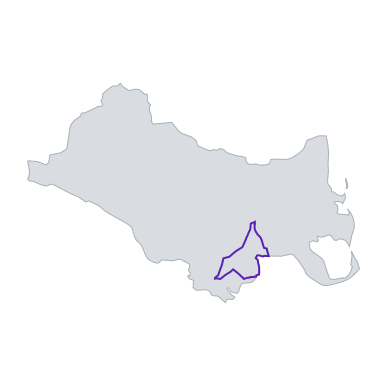 Gubadag, Tashauz, Turkmenistan (highlighted), rotated 177°
{"feature_id": "10190150B74382957458545", "entity_name": "Gubadag", "entity_type": "district", "adm_level": 2, "iso_a3": "TKM", "parent_name": "Turkmenistan", "parent_adm1": "Tashauz", "projection": "orthographic", "projection_center": [57.511, 41.081], "detail": "fine", "context": "in_parent", "style": "outline", "palette": "violet", "viewbox_px": 384, "rotation_deg": 177, "n_neighbors": 0, "source": "geoboundaries", "source_scale": "gbopen_adm2", "svg_char_len": 4771}
<svg xmlns="http://www.w3.org/2000/svg" viewBox="0 0 384 384"><g transform="rotate(177 192 192)"><path d="M106.2,123.2L124.1,124.4L129.6,125.2L131.9,122.6L131.7,122.0L130.9,121.4L129.6,119.6L128.5,107.4L130.0,105.7L131.8,104.4L134.4,100.6L135.8,99.5L137.8,98.5L144.6,98.2L147.4,97.5L149.8,93.1L150.3,90.6L152.1,88.5L153.2,88.6L157.8,90.2L158.7,91.1L160.3,94.3L162.0,94.1L162.3,93.6L162.1,92.9L160.7,90.9L157.9,87.3L155.0,85.1L154.8,84.3L157.2,82.5L162.0,83.2L163.2,82.6L164.4,79.7L170.8,86.1L172.0,86.7L177.1,87.5L178.0,88.4L179.8,92.1L181.5,93.1L183.7,93.7L192.7,93.6L195.6,96.1L196.1,96.7L195.6,98.4L195.5,101.8L194.8,103.2L195.3,103.8L198.6,105.1L200.5,107.2L200.7,108.1L200.2,108.8L198.7,108.5L198.0,109.5L198.0,111.3L199.2,112.9L199.5,114.5L198.1,118.0L198.1,119.5L198.6,120.3L207.0,125.4L208.3,125.5L216.3,124.2L217.8,124.8L224.8,125.7L226.7,125.4L228.0,123.6L229.2,122.9L230.4,122.8L233.7,123.7L237.4,125.9L239.8,127.8L241.0,129.7L244.7,139.9L247.1,144.0L249.7,146.1L251.7,150.1L253.7,158.8L254.7,160.6L258.8,163.9L279.3,177.0L285.7,183.1L295.4,188.5L298.7,187.6L306.4,193.6L311.2,195.7L317.5,199.2L330.8,207.0L333.5,207.1L336.4,205.6L339.1,206.1L344.0,207.9L349.4,210.8L353.8,211.6L355.2,213.0L355.3,213.8L353.3,218.4L353.5,224.0L354.5,231.4L353.3,231.7L344.6,230.4L336.1,226.6L334.3,228.3L333.4,229.9L331.9,236.6L321.0,238.0L314.7,241.7L310.4,263.1L309.2,265.8L305.8,269.5L299.7,273.4L298.8,274.8L298.6,276.1L297.9,276.6L294.3,276.8L281.1,282.4L278.1,282.5L277.0,283.0L276.5,283.8L278.2,287.9L277.1,289.2L276.3,291.3L275.9,295.0L267.2,301.2L265.3,302.0L261.7,301.7L259.9,302.4L258.1,304.3L257.1,303.8L256.6,302.0L255.6,300.9L249.8,296.6L243.4,297.6L241.0,297.4L239.0,296.7L236.0,294.2L234.0,291.8L232.0,292.2L231.4,291.0L231.3,289.6L231.8,287.9L231.5,284.8L230.3,282.6L228.9,281.6L230.2,277.9L230.1,275.2L229.1,272.3L228.6,268.0L228.7,263.9L227.4,261.8L208.7,262.6L201.8,253.1L199.0,250.9L189.6,247.0L187.0,244.8L184.9,242.5L184.3,239.2L183.2,237.2L181.8,236.9L174.5,233.2L171.6,232.2L167.7,233.3L165.3,232.2L162.6,233.7L161.5,233.8L158.5,232.9L154.8,229.4L151.8,228.1L145.4,225.8L140.9,225.1L137.0,223.8L136.5,223.3L136.4,220.3L135.9,219.1L134.8,217.6L133.2,216.5L126.4,216.6L123.3,215.5L120.9,215.2L115.5,215.4L113.7,216.2L112.7,217.1L112.0,220.0L111.5,220.4L106.2,220.4L95.1,219.5L90.4,220.9L83.1,225.1L78.9,228.7L77.6,230.3L74.9,236.9L73.8,237.8L72.4,238.5L70.9,238.6L64.2,240.9L61.6,241.5L55.0,240.9L53.8,231.1L53.6,223.3L54.7,212.7L54.7,205.8L56.1,195.4L55.8,192.8L52.7,188.1L52.4,184.9L50.3,184.6L47.2,181.7L44.0,180.5L42.4,180.4L40.9,181.1L39.7,182.6L39.1,180.1L39.2,177.6L42.1,172.4L43.6,174.0L45.5,174.8L50.4,174.7L50.0,172.8L47.6,170.9L47.2,168.5L47.5,166.0L48.3,163.7L47.5,162.7L46.4,162.1L43.8,162.0L36.9,160.8L36.0,163.5L37.7,167.2L34.8,162.9L32.8,158.6L31.7,153.5L31.8,148.2L34.9,139.7L37.5,129.3L39.9,133.9L41.8,135.9L45.9,137.4L48.0,137.2L50.3,136.1L52.4,136.6L55.6,141.3L57.9,141.9L63.0,140.4L65.4,140.1L67.4,141.0L69.5,141.1L68.6,138.9L68.3,136.8L69.6,135.7L73.5,137.0L76.7,135.9L77.2,135.4L77.6,133.6L77.3,130.0L76.6,128.4L74.9,126.2L68.1,120.9L65.9,118.8L64.1,116.1L61.3,105.5L59.2,98.7L58.3,97.9L54.4,97.2L46.8,98.4L44.1,98.0L42.8,98.6L39.6,101.3L38.0,103.6L35.7,109.0L37.2,110.8L35.5,120.1L36.0,124.1L35.7,124.3L33.7,119.3L30.8,114.2L28.7,106.5L33.5,101.9L37.5,98.6L41.8,96.2L46.2,94.7L55.9,92.4L61.3,91.7L65.6,91.7L68.9,93.5L77.7,99.8L81.5,103.3L82.6,104.7L83.5,108.0L89.9,118.8L91.4,120.3L93.9,123.7L96.4,124.8L106.2,123.2ZM38.0,196.4L37.7,197.8L36.6,193.5L36.2,188.8L37.1,187.5L38.0,187.6L37.1,189.3L38.0,196.4Z" fill="#d9dde1" stroke="#a8b0b8" stroke-width="1"/><path d="M171.4,104.3L168.2,103.7L163.2,107.3L157.4,110.5L155.0,112.6L148.7,106.9L147.6,105.4L146.3,104.5L146.2,104.4L144.9,102.5L144.1,102.8L143.0,102.9L142.4,103.1L141.8,103.4L141.0,103.4L140.6,103.4L140.5,103.5L138.3,103.6L138.2,103.8L138.1,104.0L134.4,103.9L134.2,104.2L132.4,104.1L132.0,105.5L129.4,106.1L129.1,109.2L128.9,112.2L129.0,114.7L129.6,117.3L129.9,120.7L131.8,122.7L130.3,125.2L128.3,125.2L124.5,123.9L123.2,124.4L118.7,124.0L119.5,127.1L120.1,129.5L120.1,130.4L120.3,131.7L122.7,132.3L122.8,132.3L123.4,133.9L123.7,134.8L124.3,137.6L124.8,139.7L124.8,139.8L125.7,142.4L126.7,143.9L128.6,146.0L130.4,149.1L131.3,151.7L131.3,153.4L131.4,153.5L131.3,154.2L131.3,155.9L131.3,156.0L131.2,156.0L130.8,156.5L130.8,158.7L130.8,158.9L131.2,158.7L134.8,157.5L134.9,157.4L135.3,154.7L135.8,151.5L135.9,151.3L136.4,150.6L137.8,148.0L138.1,147.2L139.3,144.7L140.3,143.2L140.5,142.3L144.4,134.5L144.9,134.1L146.2,133.4L150.6,131.0L154.0,128.6L158.0,125.4L160.9,124.8L164.0,124.2L164.6,122.4L165.8,118.1L167.5,114.1L168.9,110.8L170.2,107.5L173.0,105.5L173.7,104.5L173.6,104.2L172.8,104.4L172.5,104.5L171.4,104.3Z" fill="none" stroke="#5b21b6" stroke-width="2"/></g></svg>